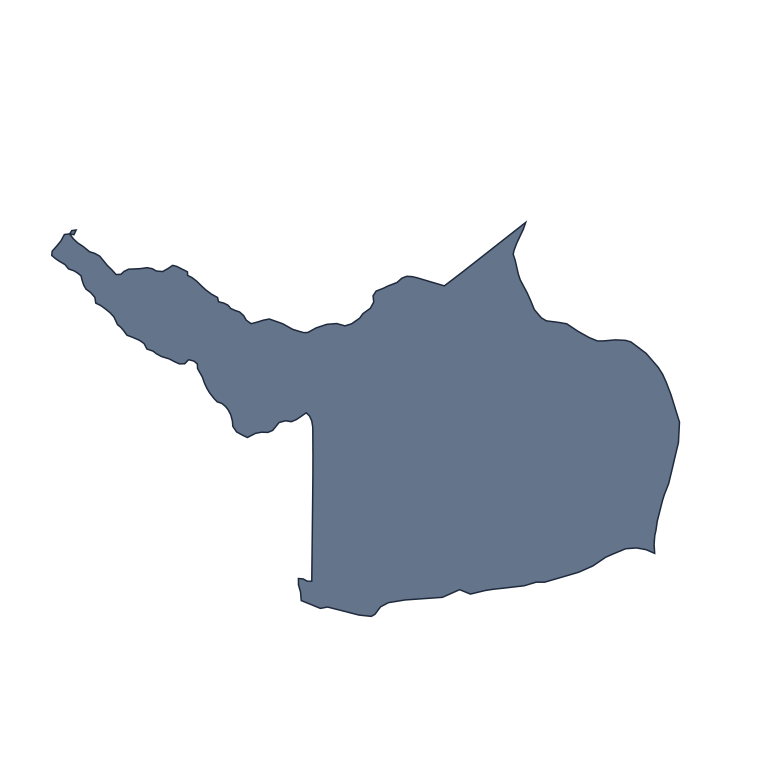 Salitre, Ceará, Brazil, rotated 249°
{"feature_id": "56859067B98262319146081", "entity_name": "Salitre", "entity_type": "district", "adm_level": 2, "iso_a3": "BRA", "parent_name": "Brazil", "parent_adm1": "Ceará", "projection": "robinson", "projection_center": [-40.29, -7.185], "detail": "fine", "context": "isolated", "style": "filled", "palette": "slate", "viewbox_px": 768, "rotation_deg": 249, "n_neighbors": 0, "source": "geoboundaries", "source_scale": "gbopen_adm2", "svg_char_len": 2836}
<svg xmlns="http://www.w3.org/2000/svg" viewBox="0 0 768 768"><g transform="rotate(249 384 384)"><path d="M128.9,576.0L137.5,578.7L145.5,582.5L150.0,585.5L157.9,589.9L175.2,602.1L180.4,606.2L188.9,614.0L200.8,622.2L210.4,628.7L223.8,637.9L242.5,646.2L271.3,648.1L284.8,648.1L293.1,647.6L301.2,646.0L318.7,639.7L334.8,629.6L338.2,625.1L342.3,615.8L345.7,603.9L347.7,598.7L353.8,592.2L363.8,583.9L374.7,576.2L379.0,569.0L384.8,558.2L389.4,554.6L399.6,551.0L409.2,550.8L418.0,550.3L432.3,548.5L438.5,548.8L452.4,550.8L458.8,551.1L462.3,553.4L468.1,558.6L478.4,569.4L484.1,574.2L460.7,498.3L454.0,475.5L467.8,457.5L471.5,452.7L474.3,448.5L476.4,443.8L476.4,438.6L474.1,432.5L474.1,423.2L473.6,417.4L473.6,410.0L470.3,405.4L464.2,403.8L459.6,398.4L457.2,389.4L454.2,384.9L451.8,375.2L452.3,368.3L457.4,361.5L460.2,352.0L460.7,340.7L459.4,331.3L460.7,327.5L463.1,324.3L467.8,318.3L476.5,311.1L479.6,307.5L485.8,300.2L486.8,294.5L487.2,288.2L487.9,281.6L492.9,278.3L498.1,277.5L503.0,275.0L506.0,271.4L509.4,268.0L513.5,266.6L516.9,263.5L520.1,259.0L524.4,259.6L529.9,255.0L535.8,251.3L541.3,248.6L546.9,246.1L552.3,242.8L555.7,239.6L559.2,240.7L568.0,232.7L570.5,229.2L569.3,224.1L568.3,217.7L571.1,211.9L574.7,209.0L577.5,204.5L579.0,198.0L580.9,192.1L582.7,186.8L582.3,181.7L580.7,177.7L582.2,173.1L588.0,170.9L594.1,168.1L598.7,166.6L605.3,164.4L609.8,160.6L613.0,156.5L616.4,154.6L620.2,152.4L625.5,148.6L630.7,146.1L636.8,144.3L638.1,139.2L633.3,133.6L629.7,127.2L626.9,121.8L623.1,119.9L619.0,122.1L614.5,125.2L609.8,129.0L604.5,130.7L600.9,135.0L597.7,137.5L593.7,139.9L588.8,139.3L583.7,139.1L579.4,139.8L574.5,142.9L568.5,145.1L562.8,143.9L558.5,147.9L554.2,150.6L548.7,153.8L543.4,155.9L539.1,156.2L534.8,156.5L531.5,158.5L526.9,160.1L521.7,161.5L517.3,166.4L512.5,171.3L507.8,174.5L501.6,175.2L497.3,180.3L493.7,182.4L489.1,186.4L484.4,192.5L479.7,196.6L476.1,200.2L474.3,205.2L476.7,210.3L473.5,214.8L469.5,216.9L465.4,215.5L461.3,216.0L455.8,216.9L448.9,216.7L443.5,217.1L438.3,218.0L431.6,220.0L427.1,221.9L424.1,225.6L420.0,227.9L416.0,229.2L410.2,229.9L403.8,229.2L398.7,227.7L392.1,229.2L387.1,233.4L383.0,237.3L384.0,246.4L382.9,252.4L380.4,258.3L380.6,263.5L382.9,267.5L385.6,272.1L385.0,278.8L382.0,284.0L382.2,289.6L383.6,295.5L385.0,301.1L380.8,303.0L375.4,303.3L369.1,302.0L342.3,291.9L322.7,284.3L225.8,245.9L227.4,241.7L231.0,238.7L233.1,234.4L227.2,232.2L219.6,231.5L211.5,229.1L197.3,244.2L196.0,251.4L177.2,277.9L171.6,288.9L172.2,293.0L177.2,300.9L178.3,309.7L174.8,326.4L163.9,362.1L164.9,380.9L156.9,389.4L155.0,404.1L153.2,412.6L150.8,421.5L145.4,442.6L144.5,455.0L141.4,462.9L138.5,498.5L138.9,506.2L139.3,513.8L142.8,528.7L143.2,536.1L143.6,550.5L140.5,560.9L135.5,569.2L128.9,576.0ZM636.8,144.3L634.5,148.0L638.1,151.8L639.1,147.5L636.8,144.3Z" fill="#64748b" stroke="#1e293b" stroke-width="1.5"/></g></svg>